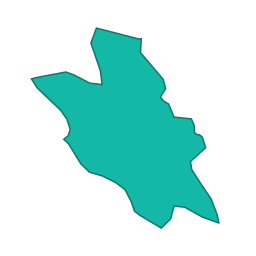 the border of Bar, rotated 187°
{"feature_id": "MNE-1496", "entity_name": "Bar", "entity_type": "Municipality", "adm_level": 1, "iso_a3": "MNE", "parent_name": "Montenegro", "parent_adm1": "", "projection": "mercator", "projection_center": [19.125, 42.167], "detail": "fine", "context": "isolated", "style": "filled", "palette": "teal", "viewbox_px": 256, "rotation_deg": 187, "n_neighbors": 0, "source": "natural_earth", "source_scale": "10m", "svg_char_len": 787}
<svg xmlns="http://www.w3.org/2000/svg" viewBox="0 0 256 256"><g transform="rotate(187 128 128)"><path d="M190.4,108.9L186.5,113.0L185.2,119.5L189.7,129.3L189.8,129.4L196.9,137.3L223.0,156.7L229.8,165.0L224.2,167.2L196.5,176.0L187.8,174.0L171.5,167.9L159.0,168.0L162.4,181.4L175.2,207.9L171.5,223.3L128.5,217.7L125.8,218.2L125.7,218.2L124.8,204.3L99.0,180.6L95.4,171.7L99.6,162.8L96.2,159.3L90.6,156.7L83.6,144.4L66.3,144.8L62.4,138.2L61.4,131.6L59.1,130.0L56.0,129.9L53.1,127.9L48.5,117.9L61.9,102.4L59.6,94.4L49.3,82.0L36.8,67.6L29.0,52.9L26.2,44.9L26.4,44.8L43.5,48.7L62.1,56.3L72.7,56.1L74.6,42.9L82.8,32.7L105.0,42.5L111.3,46.0L115.8,55.2L123.3,66.4L133.5,72.3L147.4,77.2L160.8,79.4L170.5,86.7L185.1,105.1L190.4,108.9Z" fill="#14b8a6" stroke="#0f766e" stroke-width="1.5"/></g></svg>